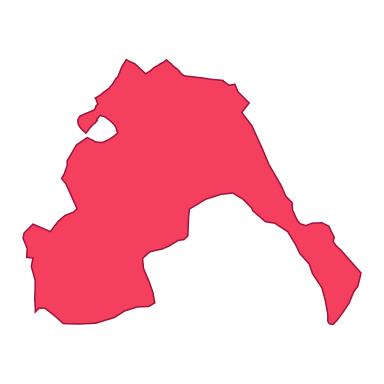 Ogo Oluwa, Oyo, Nigeria (orthographic projection)
{"feature_id": "59680162B3334363185534", "entity_name": "Ogo Oluwa", "entity_type": "district", "adm_level": 2, "iso_a3": "NGA", "parent_name": "Nigeria", "parent_adm1": "Oyo", "projection": "orthographic", "projection_center": [4.194, 7.972], "detail": "fine", "context": "isolated", "style": "filled", "palette": "rose", "viewbox_px": 384, "rotation_deg": 0, "n_neighbors": 0, "source": "geoboundaries", "source_scale": "gbopen_adm2", "svg_char_len": 3592}
<svg xmlns="http://www.w3.org/2000/svg" viewBox="0 0 384 384"><path d="M249.2,103.0L238.0,91.9L234.8,84.2L229.9,85.2L228.3,84.8L226.9,83.7L225.2,82.4L223.6,81.4L223.2,80.5L219.2,80.0L212.7,79.5L207.5,78.8L204.6,78.3L201.6,77.8L193.2,76.9L186.0,76.1L183.7,75.5L181.1,73.7L179.4,71.2L178.5,70.5L178.0,70.0L177.3,69.2L176.5,68.5L176.1,68.2L175.8,67.9L175.5,67.7L175.2,67.6L174.9,67.4L174.5,67.2L174.0,66.7L173.7,66.3L173.3,66.0L173.0,65.7L172.5,65.4L172.2,65.0L171.7,64.5L171.6,64.3L171.5,64.1L171.2,63.7L170.9,63.5L170.7,63.5L170.5,63.4L170.1,63.2L169.7,62.7L169.3,62.3L169.0,62.0L168.9,61.9L168.4,61.6L167.8,61.1L167.3,60.6L167.0,60.2L166.6,59.9L163.2,62.4L160.5,63.6L158.3,65.3L155.5,66.7L153.0,68.5L150.8,70.5L146.6,73.2L145.5,73.7L135.3,64.1L133.2,63.0L128.6,61.0L126.3,59.6L124.6,62.3L121.6,67.3L118.0,76.6L115.9,78.6L112.2,84.6L111.2,85.6L109.0,88.4L103.1,92.6L101.3,94.3L100.8,94.8L95.2,98.1L95.9,99.1L96.1,99.7L96.7,100.9L97.0,102.2L97.2,102.7L97.3,102.8L97.3,103.0L97.5,103.4L97.6,103.5L97.8,103.7L97.9,103.9L98.0,104.0L97.9,104.2L97.8,104.4L97.3,104.6L96.9,105.0L96.5,105.3L96.2,105.7L95.9,106.1L95.7,106.6L95.6,107.0L95.5,107.3L95.3,107.9L95.1,108.6L94.9,109.1L94.6,109.5L94.3,109.8L93.9,110.0L93.6,110.2L93.3,110.3L93.2,110.4L92.7,110.6L92.3,110.8L92.0,110.8L91.7,111.0L91.2,111.2L90.9,111.4L90.6,111.5L90.2,111.6L89.8,111.8L89.4,112.0L88.7,112.3L87.8,112.7L87.3,112.9L86.3,113.3L85.4,113.7L84.5,114.1L83.3,114.6L82.2,115.1L80.8,115.7L80.2,116.0L79.8,116.4L79.4,117.1L78.7,118.1L77.8,120.0L78.0,122.7L78.4,124.6L80.2,127.5L82.0,129.7L84.4,131.7L85.9,133.1L88.0,130.6L89.3,128.6L90.4,127.5L92.3,125.3L92.8,125.0L93.3,124.4L93.7,123.9L93.9,123.8L93.9,123.7L94.4,123.5L94.9,123.1L95.5,122.7L95.8,122.0L96.1,121.6L96.4,121.3L96.9,121.0L97.3,120.2L97.1,119.5L96.9,118.8L97.3,118.5L97.9,118.2L98.2,117.9L98.7,117.2L98.8,117.0L98.9,116.8L99.1,116.6L99.3,116.3L99.6,116.0L99.9,115.7L100.3,115.3L100.5,115.4L101.0,115.7L101.9,116.0L103.0,116.3L104.0,116.5L104.5,116.7L105.0,117.0L105.9,117.6L107.1,118.5L108.9,119.8L110.7,121.2L113.1,123.6L115.0,125.7L116.3,128.1L116.5,130.0L116.9,131.3L117.9,132.8L114.0,136.1L108.9,139.6L102.4,142.5L99.2,142.3L98.4,142.3L95.0,141.7L93.4,140.5L89.9,139.1L88.4,138.1L87.2,137.6L76.5,144.9L67.0,161.1L67.3,164.9L64.4,173.5L61.6,178.5L65.9,183.8L77.1,208.8L73.3,212.2L64.9,215.5L58.0,221.5L50.3,231.6L33.0,224.1L24.1,233.0L23.0,238.1L27.2,248.6L26.8,255.2L26.7,257.4L33.0,258.0L32.6,260.1L31.6,264.9L31.6,265.0L31.3,266.3L35.2,280.4L35.1,290.7L35.0,291.8L35.0,292.8L34.7,298.1L34.8,300.2L35.3,308.0L35.3,312.0L39.0,308.2L44.8,308.1L55.3,316.3L63.4,323.6L78.4,324.0L81.9,323.9L95.7,323.2L96.4,323.0L114.3,317.5L114.8,317.2L124.5,311.0L126.4,310.4L126.5,310.4L137.4,306.9L148.7,306.5L154.8,302.8L152.8,292.2L149.1,281.6L145.2,272.5L143.5,268.5L142.6,258.3L149.9,251.8L154.9,250.6L160.9,249.2L162.1,249.0L168.9,246.1L178.2,240.4L183.9,239.6L187.9,235.9L188.3,223.6L188.7,215.5L189.5,209.0L205.7,199.2L221.1,194.3L225.8,193.8L232.8,193.0L242.9,199.1L251.4,207.7L253.0,210.9L263.7,220.2L265.4,221.7L274.8,223.2L287.8,231.8L295.5,244.4L300.0,253.7L309.2,264.0L312.4,273.4L321.8,287.7L325.0,299.1L327.8,314.2L327.8,321.2L329.3,323.7L332.6,324.4L333.3,324.2L336.7,320.7L338.4,318.5L340.0,316.3L343.6,311.4L349.2,302.8L353.7,291.8L357.7,286.5L359.7,278.7L361.0,273.0L341.0,250.3L335.8,245.4L333.3,241.8L334.2,237.3L328.8,226.2L322.0,222.8L312.4,223.1L305.9,225.6L300.0,223.7L297.1,219.9L292.6,210.4L292.1,202.6L285.7,196.2L281.4,186.0L269.1,164.9L262.2,148.4L259.7,143.0L251.8,125.6L241.7,112.5L249.2,103.0Z" fill="#f43f5e" stroke="#9f1239" stroke-width="1.5"/></svg>